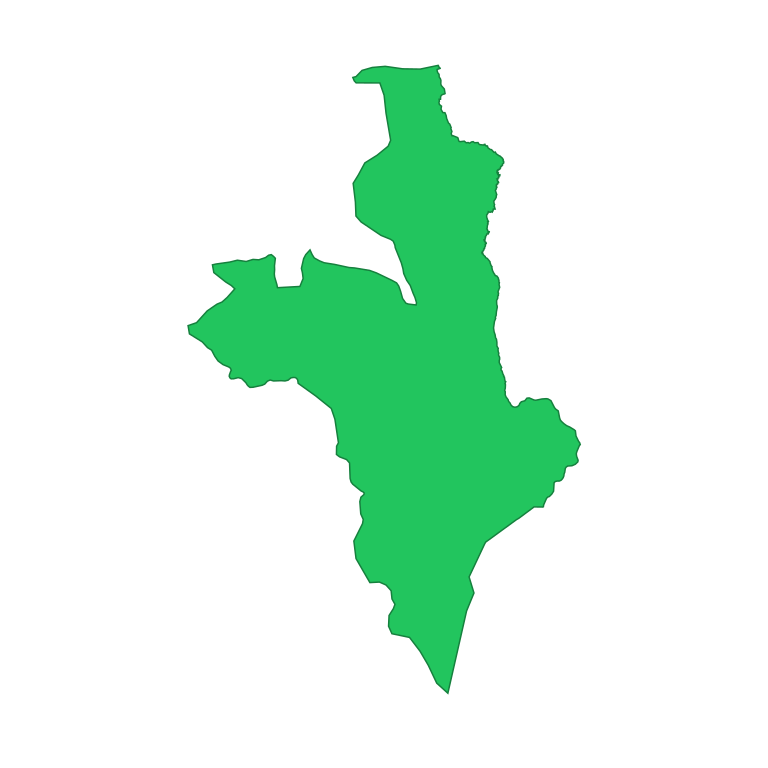 Baboua, Nana-Mambéré, Central African Republic, rotated 172°
{"feature_id": "33826404B17315710707848", "entity_name": "Baboua", "entity_type": "district", "adm_level": 2, "iso_a3": "CAF", "parent_name": "Central African Republic", "parent_adm1": "Nana-Mambéré", "projection": "natural_earth1", "projection_center": [14.687, 5.816], "detail": "fine", "context": "isolated", "style": "filled", "palette": "green", "viewbox_px": 768, "rotation_deg": 172, "n_neighbors": 0, "source": "geoboundaries", "source_scale": "gbopen_adm2", "svg_char_len": 6168}
<svg xmlns="http://www.w3.org/2000/svg" viewBox="0 0 768 768"><g transform="rotate(172 384 384)"><path d="M372.2,691.9L371.3,688.4L369.7,686.1L346.2,682.7L343.7,669.9L344.3,651.9L343.5,624.4L346.8,618.9L359.0,611.5L372.2,605.6L380.3,594.6L386.6,587.0L387.0,568.2L388.4,554.2L384.1,547.6L366.3,531.6L357.4,526.4L355.0,524.2L353.9,520.0L353.9,517.4L350.0,501.6L349.2,495.6L349.1,490.6L347.1,483.6L344.3,477.9L342.5,469.6L341.3,465.4L340.5,460.0L341.2,457.8L348.8,459.8L351.1,461.0L353.7,466.1L354.7,473.7L355.8,479.0L357.5,482.4L361.8,485.6L376.1,495.1L382.5,498.5L396.9,503.0L402.4,504.2L416.3,509.3L426.4,512.4L430.7,514.9L435.5,518.5L437.2,522.3L438.6,527.1L443.5,523.0L446.1,519.4L449.7,510.0L449.3,505.5L449.4,499.7L453.7,492.3L476.1,494.2L476.2,497.1L477.4,505.3L477.3,508.3L476.4,512.4L476.0,516.3L474.1,523.6L475.6,525.7L477.6,527.8L480.3,527.6L483.7,525.7L490.7,524.4L496.4,525.6L503.4,524.5L512.0,527.0L519.9,526.2L533.7,526.2L537.3,525.9L537.0,518.0L526.5,507.0L521.5,502.8L518.5,499.0L527.3,491.5L533.0,487.7L538.3,486.3L548.9,481.0L561.1,470.8L569.9,469.1L569.7,460.7L558.1,451.0L553.7,444.6L550.0,441.5L547.7,435.0L545.1,429.9L540.7,425.6L535.4,422.5L533.9,421.1L533.3,418.8L533.9,418.2L535.8,414.6L536.2,413.2L535.7,411.5L534.7,410.4L532.2,410.1L527.5,410.6L524.2,409.2L520.6,404.5L519.6,402.2L518.6,400.7L517.2,399.3L514.1,399.0L504.9,399.7L502.1,400.5L499.1,403.0L496.2,403.8L493.0,402.4L485.4,401.6L481.6,400.8L478.5,401.1L475.3,403.0L473.0,403.1L470.9,402.7L469.7,401.6L468.9,399.9L468.9,396.6L453.2,381.6L439.6,367.1L437.5,355.9L437.3,332.1L439.6,329.0L440.9,320.8L438.1,318.0L431.6,314.4L429.1,310.6L430.7,295.1L430.2,291.5L428.8,289.0L421.6,281.3L419.7,280.0L418.8,278.8L419.3,277.3L422.6,275.1L424.3,270.9L425.1,258.6L423.4,252.8L424.7,248.7L435.7,232.7L436.0,215.0L425.6,189.3L416.1,188.5L410.0,184.7L405.7,178.3L406.0,170.0L403.8,164.3L406.0,160.2L411.2,154.1L413.2,143.5L410.9,135.6L394.0,129.5L385.5,114.4L379.3,99.3L373.4,80.4L363.8,68.9L333.8,147.8L324.0,164.5L326.6,181.1L306.6,211.6L305.3,213.3L271.6,231.3L269.3,232.2L252.5,241.4L243.4,240.0L243.4,239.7L242.7,242.1L239.0,248.1L237.7,249.2L235.9,249.6L233.2,251.6L231.0,254.2L229.3,262.6L227.9,263.6L225.9,263.8L223.9,263.5L222.1,264.0L220.8,265.0L219.6,266.3L218.7,267.9L218.2,269.9L217.3,271.4L216.2,275.2L215.0,276.5L213.4,277.2L209.2,276.9L205.7,277.9L202.9,279.9L202.4,281.5L203.3,285.5L203.3,288.2L202.5,290.1L199.9,294.5L199.0,296.0L198.1,296.6L198.4,298.6L199.3,300.2L201.1,305.8L201.0,311.0L202.1,312.3L206.0,315.5L208.9,317.3L211.3,319.6L213.5,322.3L214.4,323.9L214.8,325.9L215.2,333.1L217.6,335.4L218.5,337.0L221.0,344.3L223.7,346.4L225.4,346.9L229.7,347.2L236.0,346.8L237.7,347.3L242.1,350.0L244.4,350.1L246.9,347.8L250.5,347.3L252.2,345.9L253.1,344.3L254.8,343.1L256.2,342.8L257.7,342.8L259.8,343.7L261.3,345.8L261.8,347.6L263.0,349.4L263.3,351.2L265.0,354.3L265.5,356.5L265.0,359.5L265.4,360.8L264.5,362.9L263.9,366.0L263.8,367.0L264.2,367.5L263.1,369.4L263.8,370.1L263.8,374.1L264.4,374.6L264.2,375.5L264.9,377.5L265.3,380.4L266.1,381.5L265.9,383.2L265.2,383.9L266.9,389.2L266.6,391.2L266.0,392.4L265.8,394.4L266.4,396.1L266.5,396.9L266.4,397.7L266.0,398.5L266.4,400.1L266.3,402.3L265.9,403.3L266.9,405.8L266.4,409.6L266.4,412.7L267.1,414.3L267.1,417.2L267.7,420.4L267.7,424.3L265.9,430.6L264.3,433.4L264.5,434.1L264.1,435.4L263.5,436.1L262.6,440.0L261.2,444.0L261.0,445.3L261.3,447.0L261.0,450.2L260.8,451.2L259.4,453.2L259.2,455.2L258.5,455.6L258.3,456.3L258.4,456.8L257.9,458.0L258.3,458.7L258.1,459.8L256.0,463.6L256.2,466.6L255.6,468.4L256.0,468.9L255.7,471.0L256.1,471.5L256.0,472.9L257.2,475.2L258.8,475.9L259.1,477.2L259.7,478.1L260.5,480.4L260.8,481.6L261.0,484.3L260.7,485.0L261.5,486.5L262.1,489.5L262.0,490.3L264.2,493.9L265.9,495.1L266.0,496.1L267.6,498.0L268.0,499.7L268.6,499.5L268.8,500.4L268.6,501.0L267.9,501.2L266.8,502.8L266.3,503.0L266.3,503.9L265.4,504.5L265.3,505.4L264.3,506.7L264.4,508.1L263.2,508.8L263.3,509.9L264.0,509.9L264.1,511.5L264.7,511.6L264.9,512.8L263.9,512.9L263.5,514.3L263.1,514.7L263.3,515.5L262.0,516.9L261.2,518.3L259.9,518.1L259.6,518.6L259.8,519.4L258.9,519.5L258.6,520.2L259.4,520.6L260.1,521.4L260.1,522.6L260.7,523.3L260.2,523.9L259.6,526.5L258.8,527.9L259.1,528.3L259.0,528.8L258.5,529.1L258.8,530.3L258.0,530.5L258.6,532.1L259.1,535.0L258.8,537.1L257.3,538.6L256.7,540.1L256.3,539.7L254.8,539.3L253.4,539.6L252.9,539.2L252.6,540.0L252.0,540.2L251.4,542.0L249.6,541.8L249.9,543.3L249.8,543.8L250.3,544.7L249.5,546.3L249.9,547.3L249.8,549.8L247.7,552.1L246.9,553.3L246.5,555.3L246.0,555.7L246.8,560.3L245.9,561.2L245.5,562.5L244.9,562.8L244.9,563.6L245.3,563.9L245.0,565.6L244.3,565.7L244.1,566.4L243.5,566.4L243.3,567.3L242.5,567.5L242.6,568.4L243.5,569.5L243.1,570.2L243.6,571.3L242.6,571.4L242.6,572.0L241.6,572.3L241.6,574.0L240.5,573.9L240.1,574.8L240.1,575.1L241.4,575.1L241.5,575.7L241.7,575.8L241.8,575.4L242.2,575.8L241.3,577.3L241.5,577.6L242.4,577.6L242.4,577.0L242.7,577.4L242.7,577.9L242.2,579.2L241.9,579.3L242.1,579.7L240.9,580.5L240.6,580.1L239.1,580.9L238.8,581.8L238.5,581.8L238.1,583.2L237.2,583.3L237.0,583.8L236.2,584.2L236.1,585.3L234.7,586.2L234.5,587.9L235.0,588.4L234.7,589.6L235.3,591.1L237.5,593.7L238.0,593.8L240.8,596.3L241.5,598.2L242.8,598.0L244.9,601.1L246.2,601.5L248.2,603.5L248.4,605.2L248.9,605.6L249.5,605.4L250.0,605.7L250.6,606.6L250.7,607.3L251.5,607.3L251.9,606.7L256.0,607.8L256.6,608.4L257.3,610.0L260.7,610.3L262.0,611.6L263.8,611.5L265.7,610.5L267.0,611.4L269.0,611.4L270.7,613.3L274.9,613.4L275.8,613.8L276.2,614.7L276.5,617.3L276.8,617.8L281.0,620.2L282.1,620.3L282.6,622.7L281.6,624.6L282.3,627.7L281.8,628.5L282.7,632.2L283.8,633.4L285.0,638.1L285.1,641.2L285.9,644.2L288.0,644.6L289.3,648.2L288.4,651.1L290.3,653.2L290.4,655.4L289.8,656.2L289.8,658.3L288.4,658.1L287.9,660.9L286.4,662.3L284.5,662.8L283.6,662.8L283.1,663.1L283.2,667.7L285.5,671.2L285.9,672.3L286.0,673.3L285.4,676.6L285.5,677.5L285.7,678.5L286.6,680.3L286.4,683.0L287.5,684.9L287.8,686.9L287.6,688.1L284.5,688.7L284.6,689.2L285.9,690.6L285.6,691.0L286.0,692.0L304.3,690.8L321.6,693.5L338.6,698.4L351.6,699.1L362.1,697.6L368.9,692.3L372.2,691.9Z" fill="#22c55e" stroke="#15803d" stroke-width="1.5"/></g></svg>